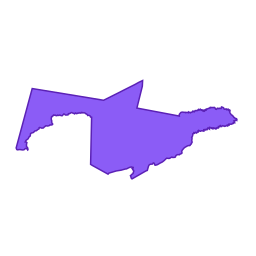 Vila Bela da Santíssima Trindade, Mato Grosso, Brazil, rotated 104°
{"feature_id": "56859067B83705117526792", "entity_name": "Vila Bela da Santíssima Trindade", "entity_type": "district", "adm_level": 2, "iso_a3": "BRA", "parent_name": "Brazil", "parent_adm1": "Mato Grosso", "projection": "mercator", "projection_center": [-59.993, -15.135], "detail": "fine", "context": "isolated", "style": "filled", "palette": "violet", "viewbox_px": 256, "rotation_deg": 104, "n_neighbors": 0, "source": "geoboundaries", "source_scale": "gbopen_adm2", "svg_char_len": 5673}
<svg xmlns="http://www.w3.org/2000/svg" viewBox="0 0 256 256"><g transform="rotate(104 128 128)"><path d="M94.4,24.3L94.1,24.4L93.4,24.4L93.2,24.8L93.0,24.7L92.7,25.0L92.7,25.9L92.6,26.6L92.2,27.1L92.2,27.8L91.4,28.4L91.0,29.3L90.7,29.4L90.4,29.9L90.4,30.6L90.0,31.2L89.2,32.1L88.6,32.8L87.4,33.5L87.1,33.6L86.7,33.1L86.1,33.4L85.9,33.8L85.9,34.2L86.4,34.8L86.3,35.1L85.5,35.5L86.1,36.4L86.4,36.6L86.3,36.9L85.8,37.0L85.7,37.4L86.4,38.7L86.2,39.5L85.4,40.0L85.1,40.6L85.2,41.2L84.8,42.1L85.3,42.5L86.5,42.4L86.6,43.0L86.9,43.6L86.7,44.3L87.4,45.2L87.1,45.8L87.3,46.2L88.5,46.7L88.5,47.6L87.5,48.4L87.1,49.0L87.5,49.7L87.4,50.4L87.9,51.4L87.9,52.5L88.4,52.7L88.2,53.3L89.3,54.0L89.4,54.6L90.6,56.0L90.5,56.4L90.9,56.9L91.1,56.9L91.3,56.5L91.6,56.6L91.5,57.0L91.6,57.4L91.9,57.5L92.1,57.1L92.3,57.5L91.9,57.9L92.1,58.3L92.4,58.0L92.6,58.1L93.2,57.9L93.4,58.2L93.2,58.4L93.3,58.8L93.1,59.1L93.4,59.3L93.1,60.1L92.9,59.9L92.8,59.5L92.5,59.8L92.5,60.2L92.8,60.3L92.5,61.1L92.6,61.4L92.9,61.5L92.7,62.0L92.3,62.3L92.6,62.6L92.9,63.2L93.1,62.9L93.3,63.2L93.0,63.5L93.3,63.8L92.9,64.1L93.2,64.4L93.6,64.2L93.9,64.4L94.3,64.9L94.6,66.1L94.8,66.3L94.8,67.0L95.3,67.3L96.2,67.5L96.3,68.2L96.2,68.9L95.9,68.8L95.8,69.1L97.4,69.9L97.5,70.7L98.2,71.2L97.9,72.0L97.9,72.4L98.4,72.9L97.9,73.2L98.5,73.6L98.6,74.1L98.5,74.4L98.9,75.4L99.1,75.5L99.2,75.8L98.9,76.1L98.9,76.4L99.3,77.4L99.3,78.6L99.8,80.0L100.2,80.5L102.3,81.5L103.3,81.4L104.0,81.1L106.5,124.2L84.0,124.2L78.4,125.3L81.2,128.7L84.1,131.8L107.0,158.4L112.9,230.5L174.4,231.7L175.8,230.7L175.9,229.9L175.1,227.9L174.8,225.1L174.4,223.9L173.9,223.3L172.8,222.7L172.5,222.2L172.8,220.7L173.6,220.0L173.3,219.8L173.0,219.9L171.6,220.5L171.0,221.1L170.7,221.8L170.3,222.1L168.9,222.4L168.5,222.6L167.8,222.5L167.0,222.7L166.6,222.6L166.3,223.2L166.4,223.5L166.2,223.7L166.3,224.3L165.4,224.0L165.1,224.1L164.7,224.0L164.2,223.5L163.9,223.4L163.2,222.7L162.6,222.3L160.6,221.8L160.2,221.6L159.8,221.1L158.7,221.0L157.0,221.2L156.0,220.2L155.7,219.3L155.0,218.5L154.3,218.2L153.2,217.4L152.9,216.4L152.4,215.9L151.3,215.2L150.5,214.2L149.7,214.1L149.2,214.3L148.9,214.0L148.8,213.6L149.0,211.7L148.6,210.5L148.4,210.1L147.3,209.5L146.9,209.1L146.3,208.8L146.0,208.3L145.7,208.2L145.6,207.9L145.6,206.7L144.9,205.2L143.8,204.3L143.8,203.6L143.3,202.5L143.0,202.2L142.4,202.0L141.6,203.0L141.3,203.2L139.1,203.9L138.7,204.3L137.3,204.8L135.6,204.9L135.3,204.3L134.7,204.3L134.5,204.1L134.1,203.4L133.8,203.3L133.5,203.4L133.3,203.1L133.4,202.4L133.1,201.6L133.2,201.3L133.4,201.1L133.3,200.0L132.9,199.6L132.6,199.6L132.5,199.4L132.6,198.1L132.2,197.8L131.9,197.3L132.2,195.9L132.1,195.3L131.9,194.7L130.0,193.8L129.9,193.5L130.0,192.7L130.3,192.4L130.5,191.8L130.5,191.4L129.9,189.9L129.9,189.5L129.6,189.3L128.8,189.4L128.5,189.2L128.3,188.9L128.4,188.4L127.9,188.0L127.8,187.7L127.3,187.3L126.7,186.6L126.7,186.2L126.9,185.2L126.9,184.1L127.3,183.4L126.9,182.9L126.3,182.8L126.1,182.5L126.5,181.1L125.8,180.6L125.8,180.3L125.6,179.7L125.0,179.1L125.2,178.2L124.9,177.4L124.2,177.1L124.2,176.9L124.5,176.2L124.0,175.7L124.1,175.0L123.8,173.8L124.0,173.1L124.4,172.5L124.4,171.5L124.7,171.3L125.0,170.6L125.6,170.1L125.2,169.3L125.2,168.6L125.6,167.5L125.9,167.2L126.3,167.1L126.5,166.7L126.4,165.9L172.3,155.5L172.9,153.8L177.6,136.2L176.4,135.6L172.5,129.0L170.6,124.5L168.5,120.8L168.0,119.5L166.1,117.3L165.3,116.0L165.0,115.1L165.2,114.4L164.9,113.7L165.0,113.4L165.3,113.4L166.0,114.0L166.0,113.7L166.4,113.4L167.2,113.5L167.4,113.3L167.6,112.5L167.9,112.2L169.1,111.9L169.8,112.2L170.8,112.0L171.7,112.7L171.9,113.0L173.0,113.6L173.7,114.1L174.0,113.8L175.9,112.7L176.4,111.8L165.4,100.3L164.5,99.0L160.4,98.9L159.1,98.7L158.3,98.2L157.6,97.2L157.2,95.8L157.0,95.5L156.2,95.3L155.8,95.0L155.7,94.7L156.0,93.9L157.1,93.3L157.5,92.9L157.5,92.5L156.9,91.3L156.3,90.4L154.4,88.5L152.6,86.4L150.8,85.0L148.2,83.4L147.9,83.0L147.7,81.1L147.4,80.3L145.8,78.7L145.6,78.3L145.8,77.4L145.1,75.4L144.6,75.0L143.2,74.8L142.6,74.4L141.8,73.3L141.5,71.6L140.7,71.2L140.3,70.4L139.4,69.6L139.0,69.6L138.0,70.1L137.3,70.2L136.6,70.1L133.9,68.8L132.9,68.0L131.0,66.0L130.5,65.3L130.1,63.8L129.9,63.6L128.9,63.3L128.3,62.8L127.8,62.7L127.4,62.8L126.7,62.4L126.1,62.4L125.0,63.0L123.8,63.3L123.5,63.2L122.9,63.3L121.7,63.6L121.6,63.9L120.0,63.4L118.0,63.7L117.9,63.3L117.3,63.0L116.6,63.0L116.7,62.4L117.0,62.1L116.8,61.9L116.2,61.9L115.9,61.6L116.0,60.8L116.3,60.3L116.1,60.1L115.4,59.9L115.0,58.9L114.7,58.8L114.0,59.4L113.3,59.1L113.5,58.6L113.3,58.2L113.7,57.3L113.6,56.8L113.0,56.2L112.8,55.6L112.7,53.6L112.4,53.5L111.8,54.1L111.3,54.1L111.2,53.5L110.9,53.2L110.8,52.9L111.2,52.4L111.0,52.1L110.7,52.1L110.4,51.9L110.3,51.5L110.6,51.3L110.6,50.9L110.1,50.7L109.2,50.8L108.7,50.5L109.0,50.2L108.8,49.9L108.9,49.5L109.2,49.4L109.4,48.7L109.1,48.8L108.7,49.2L108.2,48.9L107.7,49.1L107.5,48.8L107.7,48.5L108.1,48.1L107.6,47.0L108.2,46.7L108.2,46.0L108.3,45.6L108.3,45.3L107.9,45.3L107.9,45.6L107.6,45.7L107.2,45.5L107.2,45.1L107.7,45.1L107.2,44.5L107.2,44.1L107.5,43.8L107.7,43.0L107.4,42.9L107.1,43.1L106.9,42.5L107.3,42.1L107.0,41.9L106.5,42.0L106.2,41.8L106.1,41.4L106.3,40.8L106.2,40.4L106.0,40.2L105.3,40.3L104.7,40.6L104.6,40.3L104.9,39.8L104.7,39.6L104.0,39.5L103.8,39.2L103.3,39.1L103.2,38.9L104.2,38.2L103.9,37.4L103.5,37.3L102.9,36.8L102.8,36.5L103.1,34.9L102.6,34.5L102.5,34.0L102.6,33.7L101.3,32.6L101.5,32.4L101.8,32.3L102.0,31.8L101.8,31.6L100.4,31.2L100.8,30.9L100.8,30.6L100.4,30.6L100.1,31.0L99.5,30.1L99.5,29.0L99.1,28.3L98.9,28.0L98.2,27.7L98.1,27.4L98.3,27.2L98.1,26.9L97.4,26.9L97.2,25.9L96.3,26.6L96.1,26.4L96.1,26.0L95.3,26.2L95.1,26.6L94.4,25.2L94.4,24.3Z" fill="#8b5cf6" stroke="#5b21b6" stroke-width="1.5"/></g></svg>